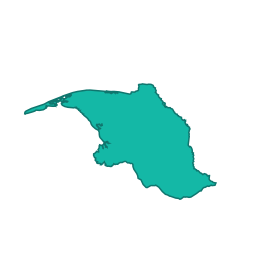 Chame, Panama (orthographic projection), rotated 201°
{"feature_id": "35544464B5601098588879", "entity_name": "Chame", "entity_type": "district", "adm_level": 2, "iso_a3": "PAN", "parent_name": "Panama", "parent_adm1": "", "projection": "orthographic", "projection_center": [-79.873, 8.613], "detail": "fine", "context": "isolated", "style": "filled", "palette": "teal", "viewbox_px": 256, "rotation_deg": 201, "n_neighbors": 0, "source": "geoboundaries", "source_scale": "gbopen_adm2", "svg_char_len": 5946}
<svg xmlns="http://www.w3.org/2000/svg" viewBox="0 0 256 256"><g transform="rotate(201 128 128)"><path d="M26.2,108.2L29.1,107.7L30.0,108.2L31.7,108.1L33.2,108.7L34.0,109.4L34.9,112.8L35.3,112.7L36.0,111.9L36.4,111.8L37.1,111.9L37.3,112.4L38.1,112.8L40.2,112.8L41.2,111.9L41.4,111.4L43.5,112.1L44.3,111.9L46.9,113.2L47.6,113.2L48.3,112.7L49.1,113.5L50.0,113.4L50.2,113.7L51.3,113.9L51.9,113.7L52.3,115.2L53.5,116.0L53.9,117.6L54.5,117.8L55.1,118.7L55.0,119.5L54.6,120.2L55.6,121.3L55.5,122.8L56.9,124.4L56.9,126.1L57.4,126.6L58.2,126.8L57.9,127.4L58.0,128.1L59.5,128.3L59.6,129.3L60.6,131.1L62.1,132.6L63.2,133.0L63.7,132.4L65.7,133.6L67.9,142.3L68.4,142.8L68.7,144.4L69.6,145.3L69.8,147.4L70.0,147.7L69.8,149.3L70.4,149.4L70.9,150.7L71.7,150.8L72.4,151.2L73.0,151.0L73.1,151.3L74.0,151.5L74.0,151.8L73.5,152.1L73.8,152.5L74.6,152.4L75.2,152.0L76.8,153.7L76.9,154.1L76.6,154.6L77.0,155.8L77.8,155.3L78.2,155.8L78.5,155.9L79.0,155.0L80.1,155.1L81.4,155.9L81.9,157.1L84.7,157.0L85.3,157.6L86.2,157.4L87.1,158.5L87.9,158.2L89.5,158.6L90.1,159.4L91.1,159.6L91.7,160.4L93.3,161.6L95.1,161.6L95.9,162.1L97.9,161.3L98.7,161.3L99.3,161.7L100.2,161.8L100.3,160.9L101.3,161.1L102.1,162.0L102.7,162.2L101.7,162.5L102.1,163.1L101.8,163.8L102.6,164.6L103.7,164.5L104.5,163.8L104.6,164.8L105.2,165.4L107.0,165.9L107.4,167.3L107.7,167.3L108.2,166.9L109.0,167.5L110.5,168.1L111.3,169.3L111.4,169.8L112.0,169.7L113.3,170.1L114.3,170.9L115.2,171.1L115.0,172.8L116.7,174.4L116.8,175.2L118.9,175.4L119.1,176.1L119.9,176.8L122.1,177.0L124.4,176.3L125.8,175.4L130.4,174.3L131.4,173.5L133.4,172.6L133.6,172.0L132.6,170.7L132.5,169.0L131.8,167.2L132.0,166.5L134.2,164.8L134.5,163.9L137.5,163.0L137.8,162.6L137.5,161.2L138.6,160.2L149.3,158.5L154.2,157.1L157.0,155.9L160.9,154.8L161.4,153.8L160.7,154.3L158.6,155.0L156.7,155.1L153.8,156.8L151.9,157.0L150.8,157.5L150.5,157.4L150.6,157.0L150.9,157.3L151.7,157.0L150.5,156.8L150.6,156.7L152.7,156.7L153.1,156.5L152.8,156.0L153.5,156.2L154.3,156.1L156.0,154.1L158.6,154.5L159.3,153.7L160.6,153.7L161.2,153.0L161.7,152.9L162.2,153.0L162.4,153.4L161.5,153.8L161.6,154.6L162.2,154.1L176.7,149.9L180.0,148.6L188.2,144.0L192.2,141.3L200.0,134.8L201.4,133.3L211.6,124.0L214.8,120.2L225.2,111.6L229.3,107.2L229.8,106.2L229.8,105.4L229.5,104.2L228.9,104.2L227.9,105.4L227.2,105.6L222.6,109.1L220.9,110.6L220.3,111.7L217.0,112.7L213.6,114.7L212.5,116.1L212.0,117.1L212.2,118.0L212.1,119.4L212.3,119.6L212.9,119.4L212.6,119.7L212.0,119.5L212.0,118.1L211.4,117.8L211.4,118.7L210.9,119.7L210.5,120.0L205.7,121.4L203.6,122.4L202.6,123.6L202.5,124.1L202.8,124.4L203.3,124.3L204.1,123.5L203.9,123.1L206.0,124.3L207.4,123.2L209.3,122.6L210.6,123.4L210.6,124.1L208.3,126.1L207.6,127.1L206.0,128.1L206.0,128.6L205.7,128.7L205.6,128.2L205.3,128.2L204.8,129.8L202.3,131.2L201.3,132.3L200.6,133.9L199.5,134.6L198.4,135.8L197.9,136.0L197.3,135.0L196.6,136.8L194.3,137.2L193.7,138.8L193.2,139.1L192.7,138.3L193.3,136.6L193.9,136.1L195.5,135.5L196.6,133.6L197.8,132.3L197.8,131.4L198.2,130.3L198.0,130.0L196.7,130.2L195.8,131.1L194.9,131.1L194.6,130.6L194.1,130.7L193.8,131.2L193.7,131.1L194.3,130.2L194.8,130.2L195.5,130.5L196.2,129.7L197.1,129.3L198.1,128.0L199.0,127.6L198.9,126.8L197.5,125.7L194.8,125.4L191.5,125.8L185.8,127.4L184.8,128.2L184.8,128.8L184.5,128.1L183.9,128.0L183.8,128.8L183.4,128.8L182.2,127.7L181.7,128.0L180.7,127.2L180.6,127.5L180.4,127.1L179.6,126.8L179.2,127.0L179.3,126.7L177.7,125.8L176.7,125.7L175.3,124.7L174.6,125.0L174.6,124.6L173.7,124.0L170.2,122.9L168.7,122.2L167.6,121.3L165.5,120.6L163.4,118.1L161.5,116.9L158.0,115.6L155.3,115.3L155.0,115.4L154.9,115.9L155.4,117.6L158.2,119.0L158.6,120.8L158.2,119.9L156.0,121.4L154.2,120.5L153.3,121.1L153.3,121.6L153.9,122.2L153.8,122.4L153.2,122.5L153.6,122.2L153.0,121.2L153.9,120.3L154.7,120.3L155.5,121.1L156.1,121.2L158.2,119.5L157.6,119.0L155.3,118.1L154.8,117.4L153.6,117.8L153.0,117.3L154.0,117.6L154.6,117.2L154.6,115.0L153.4,113.8L152.4,111.5L151.4,109.8L150.5,109.0L147.3,107.3L146.9,107.2L146.9,107.5L146.7,106.9L145.6,106.4L144.2,106.5L142.6,108.0L141.9,107.9L141.1,106.8L140.2,106.9L140.7,106.5L141.3,106.5L141.9,107.5L142.4,107.7L143.3,106.1L144.6,105.4L141.6,103.0L140.9,103.0L140.6,102.4L141.8,102.7L142.0,101.5L142.2,103.0L144.9,104.9L145.2,103.5L145.8,102.8L143.9,100.3L143.8,99.9L144.1,99.4L144.0,100.3L146.0,102.4L147.5,102.2L147.2,101.5L147.9,102.1L148.2,102.1L148.0,101.8L148.4,101.7L148.5,101.3L147.8,98.8L148.2,97.1L147.5,96.4L146.5,94.6L147.1,95.1L149.0,94.9L148.9,94.3L149.5,93.6L149.5,93.2L150.2,92.1L150.8,91.6L150.3,90.1L148.5,88.3L147.5,88.5L146.9,87.0L147.2,86.6L147.1,86.2L145.2,85.3L144.8,85.6L144.2,85.6L144.2,85.1L145.0,84.8L144.4,84.1L143.4,84.1L140.9,85.0L140.2,84.7L140.4,83.9L139.9,84.0L139.5,84.3L138.6,86.3L138.6,86.9L138.0,87.3L137.9,87.8L137.3,87.1L135.6,86.2L135.5,85.5L136.0,85.2L135.2,84.9L133.6,84.9L132.5,85.4L130.5,85.8L129.4,86.4L129.4,87.3L128.3,88.6L128.4,89.5L126.9,89.3L126.3,89.9L124.6,90.5L123.8,92.0L122.9,93.0L120.9,93.8L120.2,94.7L119.0,95.7L118.1,96.0L116.0,95.3L115.0,95.6L114.5,96.0L113.0,95.7L112.4,96.1L111.4,96.3L110.4,95.8L109.5,93.7L107.7,91.6L103.6,88.7L101.9,87.0L100.5,84.6L97.3,84.3L93.6,80.7L89.9,79.0L88.8,79.2L86.0,82.5L82.1,83.9L81.6,84.6L78.0,83.8L73.2,81.0L69.3,79.5L67.2,79.7L64.7,79.3L64.1,79.5L58.4,79.7L55.5,80.4L54.0,80.1L53.0,80.9L51.3,83.7L50.0,83.9L48.3,84.8L46.2,85.1L44.5,86.1L40.6,91.4L38.6,94.7L37.1,95.6L37.3,96.2L36.9,96.5L36.7,98.0L36.0,99.5L34.7,100.3L33.0,102.3L31.5,102.5L29.8,104.5L29.0,104.3L26.3,105.7L26.2,108.2ZM208.9,124.8L209.9,123.2L209.2,122.9L207.5,123.3L207.1,124.0L205.9,124.6L204.4,123.8L204.0,124.3L203.7,126.3L203.8,126.8L202.5,127.2L201.8,128.5L200.8,129.0L199.8,129.2L199.0,129.0L198.1,129.6L198.4,130.8L197.9,132.0L198.1,132.4L199.5,132.6L200.0,132.5L200.5,131.9L200.5,131.2L200.9,130.5L203.4,127.9L203.6,128.1L203.3,129.0L204.4,127.8L204.4,127.1L204.9,126.8L206.2,126.9L207.2,125.7L208.9,124.8Z" fill="#14b8a6" stroke="#0f766e" stroke-width="1.5"/></g></svg>